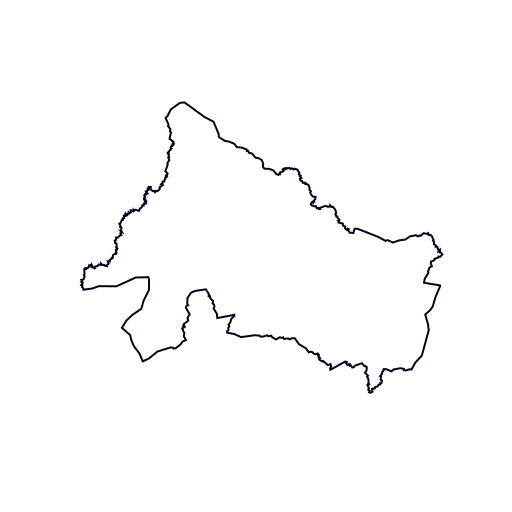 outline of Kut Chum, Yasothon, Thailand, rotated 337°
{"feature_id": "78962969B41263158681984", "entity_name": "Kut Chum", "entity_type": "district", "adm_level": 2, "iso_a3": "THA", "parent_name": "Thailand", "parent_adm1": "Yasothon", "projection": "orthographic", "projection_center": [104.274, 16.063], "detail": "fine", "context": "isolated", "style": "outline", "palette": "ink", "viewbox_px": 512, "rotation_deg": 337, "n_neighbors": 0, "source": "geoboundaries", "source_scale": "gbopen_adm2", "svg_char_len": 6137}
<svg xmlns="http://www.w3.org/2000/svg" viewBox="0 0 512 512"><g transform="rotate(337 256 256)"><path d="M250.2,86.7L245.7,85.3L234.9,87.8L229.2,92.6L226.7,93.6L226.8,101.0L225.7,102.1L226.8,105.6L225.5,107.5L226.1,109.0L222.2,114.3L224.6,118.6L223.5,119.5L224.0,120.2L223.0,120.7L223.6,121.1L222.3,122.0L221.2,121.6L219.6,123.1L220.1,124.1L215.1,126.5L215.9,127.3L215.6,128.1L215.1,127.6L214.6,131.1L213.7,131.1L213.7,133.8L210.7,135.9L210.4,137.5L205.7,142.5L206.9,145.4L205.5,147.0L204.7,146.6L203.9,147.6L204.6,148.4L202.8,148.9L200.7,151.5L199.1,151.0L198.8,152.2L196.7,152.8L197.9,154.3L194.0,155.1L193.7,156.6L192.1,157.4L190.1,157.8L188.9,156.8L187.9,157.7L187.3,156.1L186.4,156.0L185.5,154.5L185.3,152.7L186.1,151.4L184.3,150.5L183.3,151.2L183.6,152.2L182.7,152.1L182.9,153.1L181.1,153.2L180.9,154.1L179.9,153.7L180.0,155.1L178.7,155.5L179.8,156.1L176.8,156.8L177.0,158.4L175.5,158.9L175.1,160.1L175.8,160.4L175.2,161.8L175.9,161.5L175.6,162.3L176.4,162.8L175.0,164.8L173.1,164.0L172.2,165.7L171.1,165.0L169.9,166.6L167.8,166.9L165.9,168.7L162.9,166.2L160.9,166.9L160.9,165.8L160.4,166.4L158.6,166.1L159.1,165.4L158.4,165.0L157.8,167.0L156.2,167.3L155.7,165.9L154.4,167.4L153.3,167.0L153.2,168.2L151.7,168.1L151.9,166.5L150.9,167.6L150.1,167.3L149.5,169.5L148.2,169.3L147.8,170.6L146.9,170.2L143.7,173.1L142.9,172.9L143.0,175.4L142.2,176.2L143.2,177.3L141.7,180.0L141.9,181.4L141.2,180.6L141.4,182.0L140.1,182.0L140.2,184.2L138.2,184.0L136.0,185.1L134.5,184.3L133.2,186.6L131.1,186.6L132.0,186.9L131.4,188.9L132.4,190.0L131.7,192.4L130.8,192.9L131.4,194.9L129.4,195.4L129.3,196.1L130.1,196.1L128.6,197.6L128.8,198.7L127.9,199.4L127.0,198.7L124.6,199.4L123.9,201.0L122.7,201.2L122.9,202.0L120.2,202.4L119.3,203.9L117.5,202.9L117.3,205.5L114.7,206.2L114.7,207.0L112.7,205.6L112.8,204.8L110.9,204.1L110.3,202.3L109.6,203.5L107.8,202.4L106.4,203.3L104.0,202.8L103.5,204.1L102.6,204.4L102.4,203.4L100.6,202.3L101.4,201.9L101.3,200.4L100.7,201.5L100.1,199.7L99.0,200.2L98.7,199.5L97.4,201.0L94.8,201.5L94.7,200.6L93.9,200.5L93.7,201.3L92.6,201.2L91.2,205.6L90.0,206.4L90.3,207.7L88.2,210.1L85.9,209.7L86.0,211.6L85.2,211.7L86.0,212.9L83.8,214.4L84.8,215.1L83.7,216.7L84.4,218.5L84.0,219.6L92.8,222.0L99.3,222.3L115.9,229.4L136.9,228.8L148.5,233.4L148.4,235.8L144.2,245.4L135.2,253.1L129.8,259.8L119.3,261.9L111.6,264.7L104.5,269.7L109.3,279.7L108.4,284.3L108.4,291.5L110.6,300.2L110.6,308.8L117.8,308.4L128.0,305.4L141.6,306.8L143.6,307.7L143.9,309.0L146.2,309.5L152.2,307.8L154.9,306.1L158.7,306.0L158.2,301.6L159.8,299.2L159.8,293.8L162.7,293.4L162.7,292.2L161.8,291.8L162.8,290.5L168.4,289.0L168.8,286.1L172.1,283.9L171.3,276.2L172.2,274.9L174.3,274.8L173.9,273.5L176.5,267.9L181.8,264.4L186.0,264.3L196.8,267.1L197.7,272.7L197.1,273.8L197.7,274.6L197.0,274.9L197.9,275.7L197.4,277.3L198.9,280.7L197.6,282.7L198.3,284.3L198.0,286.2L196.5,287.9L197.4,294.0L196.1,298.0L213.0,301.7L212.5,302.7L208.7,304.2L206.5,307.0L203.9,308.5L203.9,310.5L202.6,311.2L201.6,313.5L200.0,313.9L199.6,315.4L205.6,319.4L210.5,324.8L223.8,328.4L228.1,330.7L228.8,332.1L231.7,333.1L235.4,333.4L236.0,334.6L238.9,335.4L239.1,337.0L241.9,340.7L245.9,340.1L248.1,341.6L249.1,341.4L249.4,343.3L253.3,344.4L254.6,345.9L256.9,345.7L259.6,347.0L261.1,354.0L266.0,360.6L266.9,365.3L268.5,365.3L270.3,366.5L271.1,368.5L272.9,369.9L274.2,369.7L274.3,370.9L275.0,370.5L275.3,371.4L274.4,372.6L275.0,374.8L273.9,374.5L273.8,376.2L275.9,379.1L276.8,378.8L279.6,384.7L282.3,384.6L282.1,387.0L280.3,388.4L280.1,389.8L296.9,388.0L298.2,389.1L296.9,390.1L297.6,392.2L298.9,391.8L299.4,393.4L300.3,392.5L301.1,396.3L302.8,396.6L304.2,395.6L311.6,396.1L312.8,399.9L313.8,400.0L314.5,401.9L312.8,404.8L310.7,405.9L312.3,409.9L311.2,410.4L311.3,413.6L309.5,417.8L310.0,418.3L308.7,418.9L308.8,417.8L308.1,418.2L308.3,421.8L307.1,422.9L308.0,424.4L306.8,425.7L308.2,426.7L310.2,426.5L310.9,423.6L313.7,424.3L314.4,423.2L316.7,423.6L318.6,422.3L320.2,422.8L320.8,421.5L322.0,421.8L323.2,419.9L322.4,418.6L324.1,415.5L323.5,415.0L325.9,413.7L327.0,411.9L328.4,411.6L329.3,410.0L331.7,411.1L335.7,415.2L338.1,414.2L344.8,415.6L348.0,417.6L347.5,418.7L349.1,419.9L353.2,420.3L354.8,421.3L361.1,416.3L369.8,412.4L386.0,391.8L387.7,385.8L388.9,376.0L394.8,374.0L398.9,371.6L405.3,363.8L413.8,355.6L413.8,354.9L400.2,346.3L402.4,342.9L408.1,338.9L408.2,337.7L411.2,334.4L413.9,334.1L414.0,330.9L415.1,329.5L418.5,329.6L419.2,328.3L422.8,328.7L423.8,327.8L425.0,328.7L428.3,327.3L427.6,325.3L426.5,324.5L427.8,322.2L425.9,322.7L426.8,321.4L426.1,320.5L426.5,318.6L424.9,317.7L425.7,316.5L424.5,314.7L425.4,312.0L424.9,311.1L425.7,310.6L425.6,306.1L424.3,304.3L423.1,304.1L423.3,302.2L422.1,302.4L419.1,300.5L415.5,301.8L414.5,301.0L412.9,301.3L411.4,299.4L405.5,298.1L399.6,299.2L394.2,297.6L387.3,297.1L383.2,292.7L381.1,292.7L376.4,286.6L360.3,270.8L357.4,269.4L354.6,272.9L351.3,271.1L351.0,268.5L351.9,267.6L351.1,266.6L349.8,267.4L348.8,265.4L349.6,263.7L348.1,262.4L348.6,260.1L345.1,257.5L345.9,256.6L345.5,255.8L346.5,255.9L347.0,255.0L346.1,253.5L346.3,251.4L345.4,251.2L345.4,248.5L346.5,248.0L347.1,244.8L346.1,240.8L344.5,240.4L344.0,238.3L343.4,239.1L341.5,238.9L339.8,237.0L333.9,236.7L333.4,237.8L332.3,237.4L332.1,236.1L330.7,235.9L330.6,233.4L329.2,233.2L326.7,230.8L326.9,229.3L328.8,228.3L329.2,229.1L329.6,228.4L330.6,228.8L330.8,227.6L332.8,226.8L334.0,224.9L331.5,223.5L330.7,220.7L330.7,218.7L331.9,217.8L331.0,215.7L331.9,214.6L332.1,210.8L330.2,209.4L330.2,208.4L329.4,208.7L329.1,207.3L327.8,207.1L327.6,204.9L326.3,203.7L326.8,202.0L328.2,202.0L327.6,199.8L328.4,199.5L327.3,197.6L328.4,196.5L327.8,192.6L325.3,190.5L324.5,191.0L322.8,189.1L321.6,189.3L320.9,187.8L318.1,187.6L318.4,186.9L315.7,186.3L315.0,186.5L315.3,187.5L314.3,187.2L314.1,188.7L310.8,188.5L310.1,190.0L309.3,189.3L308.4,190.1L306.8,188.6L305.3,184.0L302.5,181.1L297.8,178.9L297.2,176.5L298.7,173.8L298.8,169.9L296.0,166.3L294.1,165.6L292.4,160.2L289.9,158.2L289.8,156.1L288.7,155.8L289.1,154.4L285.2,150.6L280.9,148.3L279.8,144.1L275.6,139.9L272.5,138.1L269.0,133.1L268.3,131.8L269.3,129.2L269.4,115.9L262.9,107.9L250.2,86.7Z" fill="none" stroke="#020617" stroke-width="2"/></g></svg>